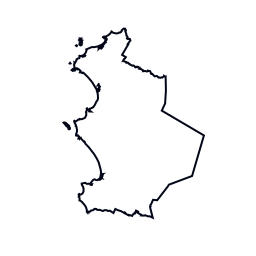 Dorset, Tasmania, Australia, rotated 289°
{"feature_id": "25037944B7753328322432", "entity_name": "Dorset", "entity_type": "district", "adm_level": 2, "iso_a3": "AUS", "parent_name": "Australia", "parent_adm1": "Tasmania", "projection": "albers", "projection_center": [147.795, -41.048], "detail": "fine", "context": "isolated", "style": "outline", "palette": "ink", "viewbox_px": 256, "rotation_deg": 289, "n_neighbors": 0, "source": "geoboundaries", "source_scale": "gbopen_adm2", "svg_char_len": 5727}
<svg xmlns="http://www.w3.org/2000/svg" viewBox="0 0 256 256"><g transform="rotate(289 128 128)"><path d="M219.8,94.2L220.0,93.3L220.9,93.0L220.6,91.5L218.2,90.2L217.4,90.5L216.3,90.0L215.5,89.2L215.2,88.2L214.4,87.8L213.6,86.2L213.2,83.1L213.9,81.0L211.7,80.5L209.4,79.2L207.2,77.2L206.7,76.4L206.8,75.8L206.1,74.9L205.6,74.9L205.6,75.6L205.2,76.1L205.9,77.0L205.8,78.2L205.3,78.9L204.9,79.1L202.2,78.6L201.8,78.8L201.9,79.2L202.4,79.3L202.5,79.4L202.7,79.5L202.5,79.4L201.9,79.2L201.8,78.8L198.9,77.8L197.7,76.7L197.3,76.8L197.1,77.7L196.8,77.6L197.0,78.4L196.7,77.7L194.8,77.1L194.9,76.5L194.4,76.5L194.4,76.2L194.7,75.3L193.8,74.8L195.3,74.8L194.4,74.1L195.0,73.9L195.0,73.3L196.1,74.4L196.1,76.0L197.1,75.4L198.3,77.1L200.7,78.1L203.4,78.3L204.6,78.1L205.5,77.0L205.4,76.8L205.1,77.3L203.9,78.0L201.8,78.1L198.6,76.4L195.4,73.0L193.5,69.9L192.6,67.3L188.7,62.9L187.8,63.6L185.0,63.4L182.4,62.3L181.4,61.2L181.4,62.1L182.6,62.9L182.4,62.9L182.2,63.8L183.4,64.1L182.6,64.1L181.7,63.7L180.6,61.9L181.5,61.1L180.7,60.2L180.6,58.8L180.2,58.5L179.5,59.2L178.2,59.2L177.0,57.5L176.2,57.3L176.0,57.0L175.3,57.2L172.8,56.8L172.4,56.5L172.5,56.1L171.6,56.6L170.5,55.9L170.5,55.5L170.4,56.2L169.7,56.8L167.9,57.6L166.1,57.6L166.0,57.1L165.6,57.3L165.5,56.8L165.0,56.8L164.8,56.0L164.3,55.9L164.2,56.6L164.6,57.2L164.2,57.4L164.8,58.3L164.9,59.0L165.7,59.2L166.2,58.7L166.8,59.0L167.0,59.4L167.7,59.6L167.8,60.5L167.2,61.0L167.4,61.1L167.7,61.8L166.6,64.5L166.2,64.8L165.9,64.4L165.0,64.4L165.4,65.3L165.1,65.9L165.4,66.5L165.2,66.7L165.4,67.1L165.2,67.3L165.7,67.9L163.1,73.5L159.5,79.4L155.1,84.6L155.2,85.4L154.5,86.5L154.7,87.9L155.1,88.2L155.9,87.6L156.8,87.4L157.9,87.8L158.5,86.0L159.3,85.9L159.2,85.8L159.6,85.9L159.2,86.4L158.5,86.1L158.5,86.4L158.8,86.3L158.4,86.5L158.1,87.9L156.0,87.8L155.1,88.7L153.6,88.2L152.8,89.1L153.9,86.9L153.7,86.3L154.2,86.3L154.3,85.7L149.8,88.6L146.0,90.1L143.7,90.0L142.7,89.5L139.4,89.2L136.4,88.4L135.6,87.8L135.0,86.9L132.3,85.0L131.5,85.6L131.7,85.8L131.4,86.4L131.7,86.9L131.5,87.5L131.2,86.4L131.5,85.8L131.2,85.7L131.4,85.3L132.2,84.9L132.4,84.5L132.6,84.8L132.4,83.2L129.3,83.1L129.1,83.5L126.2,84.4L123.5,83.9L121.3,81.5L121.0,80.3L120.3,79.5L120.6,79.0L117.0,76.3L117.4,75.0L117.1,74.8L115.6,75.7L113.9,77.8L112.9,77.8L112.6,78.7L109.6,80.4L107.4,81.0L105.5,80.9L104.0,81.3L104.0,81.7L104.7,82.0L104.5,82.6L104.7,83.0L104.0,83.6L104.1,84.4L103.8,84.8L102.0,84.6L102.3,85.2L102.0,85.6L102.8,85.7L103.3,86.5L102.9,86.6L100.6,91.0L101.9,91.5L100.8,91.3L99.3,92.8L96.9,97.4L92.0,104.8L88.9,108.5L85.9,111.5L80.2,115.4L77.3,117.0L72.3,117.9L69.6,117.0L70.9,117.7L71.0,118.6L73.3,119.0L73.8,118.6L74.5,119.4L74.9,119.1L75.3,119.2L75.2,118.7L75.3,118.5L75.5,118.6L76.1,119.0L75.8,118.4L76.2,118.7L76.1,119.0L75.3,118.6L75.4,119.2L75.0,119.1L74.6,119.5L74.2,119.4L73.9,118.8L73.4,119.4L72.4,119.2L72.2,119.5L72.2,119.2L70.9,119.0L70.5,118.4L69.9,118.3L69.5,117.4L69.6,116.6L68.7,115.9L68.4,115.1L68.6,113.0L67.3,111.8L64.4,110.8L62.4,111.1L62.5,112.0L63.4,112.4L62.3,112.3L62.2,111.0L62.8,111.0L63.0,110.6L63.2,110.9L63.2,110.6L61.8,107.3L62.2,105.4L60.4,102.3L59.2,102.9L57.8,104.6L56.1,105.8L53.4,106.6L51.3,106.3L49.9,105.3L49.3,104.2L49.8,103.5L49.3,103.0L48.9,103.0L47.6,104.2L46.9,103.9L46.8,104.4L45.7,105.1L43.7,105.7L43.8,106.6L43.1,108.5L41.2,111.8L39.5,114.0L37.0,115.8L35.2,116.4L35.1,116.6L35.7,116.3L36.2,116.5L35.9,116.5L36.0,117.0L35.3,117.6L35.3,118.4L36.2,118.4L36.8,119.5L37.9,119.9L38.9,121.7L40.6,122.6L40.8,123.7L41.1,123.9L41.1,124.3L40.8,124.4L40.6,125.1L41.0,127.2L41.4,127.7L41.3,130.9L41.5,131.5L42.7,132.6L43.3,134.8L43.0,136.1L43.9,137.7L42.9,141.9L47.3,142.4L47.0,144.9L47.1,148.7L46.4,152.1L47.1,152.2L47.0,152.9L46.3,152.8L45.6,157.1L46.1,157.1L46.3,160.6L47.9,160.8L48.8,161.7L49.6,161.8L49.5,162.3L52.5,162.5L52.2,164.7L51.0,164.5L50.2,169.0L49.6,168.9L50.4,171.8L51.1,172.7L51.0,175.7L51.6,177.3L51.2,180.6L60.2,174.7L61.0,174.8L61.0,174.5L62.5,174.2L63.0,174.6L68.3,175.1L69.2,179.1L86.1,184.8L87.7,185.1L103.5,204.2L145.7,202.2L155.4,154.3L163.3,155.1L175.6,151.7L189.0,146.8L188.5,146.0L189.0,145.0L188.5,145.0L186.8,143.9L186.8,143.3L186.0,142.3L186.0,140.8L185.6,140.5L186.6,138.4L185.5,136.3L187.1,133.3L186.9,132.9L187.1,132.9L187.1,131.8L188.1,131.3L189.0,130.2L188.7,129.4L188.7,128.2L188.2,128.3L187.5,127.3L187.6,126.0L186.7,124.0L187.1,124.0L187.1,123.5L187.5,123.3L187.7,121.6L188.0,121.3L187.7,119.6L188.3,119.8L188.9,119.4L188.5,118.6L188.6,117.7L189.0,117.5L188.7,116.8L188.9,116.5L188.5,115.9L187.9,115.7L187.7,115.2L188.8,113.6L188.8,112.3L188.4,112.0L188.3,111.4L188.5,110.9L188.5,109.7L189.1,108.9L189.0,107.7L189.7,107.1L189.5,106.0L189.7,105.5L189.2,105.1L189.8,104.5L189.7,102.8L190.3,101.9L190.0,101.5L192.0,101.8L192.9,102.6L194.3,102.9L195.2,98.6L207.2,101.0L207.3,100.4L211.6,101.8L212.8,100.8L212.6,99.7L212.1,99.3L212.1,98.4L212.4,97.8L213.6,98.1L214.6,97.2L214.8,96.4L216.2,95.9L218.7,93.9L219.3,94.3L219.8,94.2ZM112.1,65.3L110.4,68.2L110.4,68.7L109.6,69.2L109.5,70.7L107.6,72.2L108.0,72.7L107.9,73.1L108.3,73.4L109.5,72.8L110.2,71.7L110.9,71.6L112.6,67.3L112.5,65.8L112.1,65.3ZM190.6,56.1L191.2,57.1L191.6,57.1L191.5,56.7L192.6,55.9L193.3,56.2L193.7,56.8L194.8,56.1L195.4,56.2L195.2,55.6L195.5,55.7L195.3,55.2L195.7,54.8L196.6,55.1L197.3,54.9L196.9,54.5L197.2,54.1L197.0,53.2L196.5,53.5L195.8,53.1L195.5,53.6L194.8,53.4L194.8,54.2L193.9,54.9L193.0,54.9L192.5,54.5L191.3,54.8L190.6,56.1ZM189.5,52.3L188.9,52.0L188.7,52.8L189.3,53.0L189.5,52.3ZM170.0,52.2L170.3,52.6L170.7,52.0L170.0,51.8L170.0,52.2ZM132.7,83.2L133.2,83.1L133.3,82.9L132.9,82.7L132.7,83.2ZM132.9,85.1L134.0,85.9L134.3,86.1L134.0,85.8L132.9,85.1ZM136.8,88.3L136.3,88.1L135.9,87.9L136.5,88.3L136.8,88.3Z" fill="none" stroke="#020617" stroke-width="2"/></g></svg>